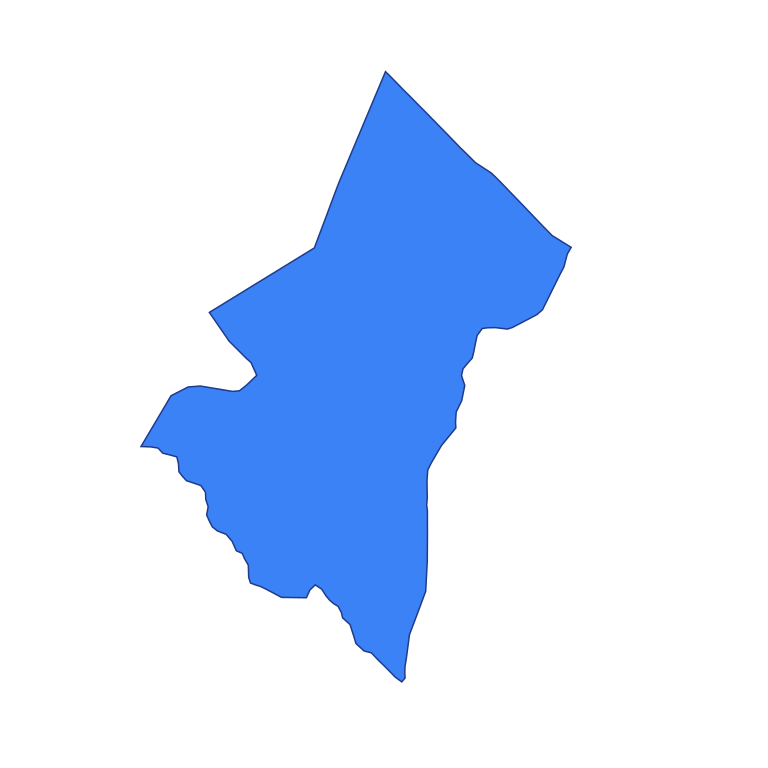 Palhano, Ceará, Brazil (Mercator projection), rotated 233°
{"feature_id": "56859067B4489324695943", "entity_name": "Palhano", "entity_type": "district", "adm_level": 2, "iso_a3": "BRA", "parent_name": "Brazil", "parent_adm1": "Ceará", "projection": "mercator", "projection_center": [-38.049, -4.715], "detail": "fine", "context": "isolated", "style": "filled", "palette": "blue", "viewbox_px": 768, "rotation_deg": 233, "n_neighbors": 0, "source": "geoboundaries", "source_scale": "gbopen_adm2", "svg_char_len": 1695}
<svg xmlns="http://www.w3.org/2000/svg" viewBox="0 0 768 768"><g transform="rotate(233 384 384)"><path d="M480.3,152.3L474.1,159.9L468.8,165.0L461.9,165.7L456.3,170.2L450.5,174.7L444.1,171.9L437.3,167.4L431.5,167.5L425.7,168.0L419.2,172.5L413.1,176.6L405.0,176.3L399.1,172.2L391.8,169.7L386.1,163.5L378.6,161.8L373.3,160.9L366.9,162.5L358.9,167.5L349.7,168.0L339.7,165.7L334.0,168.9L328.5,167.5L321.0,166.6L310.9,159.5L305.4,157.6L300.8,160.5L296.5,163.6L291.2,166.3L275.2,173.8L260.0,193.4L264.1,200.9L264.9,208.2L257.7,210.8L249.7,210.2L243.9,210.5L238.9,211.6L234.1,213.5L227.1,212.4L222.1,210.2L212.3,212.1L200.3,207.9L193.6,205.4L182.8,207.4L176.9,212.1L167.2,213.2L158.3,214.6L143.0,216.6L135.4,218.9L136.5,223.9L141.0,226.9L145.8,230.8L150.7,236.0L168.5,253.5L180.9,273.1L193.4,292.6L216.8,312.2L238.0,328.4L249.9,337.3L256.5,342.3L261.6,345.2L267.2,350.2L273.9,355.0L281.1,360.3L289.0,367.2L292.6,374.5L300.3,392.9L305.7,415.0L310.4,418.1L318.2,424.8L323.9,436.0L334.2,447.6L344.1,451.0L348.6,456.3L350.2,463.1L351.6,470.1L355.7,475.1L361.9,482.0L366.7,487.6L369.2,495.8L366.6,500.5L361.9,507.0L353.6,515.6L351.9,520.4L347.4,547.8L347.9,555.2L365.5,590.3L369.2,598.1L377.4,608.5L380.5,615.7L401.4,607.6L414.5,605.9L449.9,601.7L474.3,598.7L480.9,597.8L487.8,596.7L505.8,590.2L519.3,588.3L526.8,587.1L537.6,585.8L549.5,584.3L557.7,583.2L568.0,581.9L577.1,580.7L586.3,579.4L597.2,578.0L606.7,576.6L622.6,574.6L632.6,573.2L571.9,469.0L568.0,462.8L553.0,439.3L544.9,426.5L534.6,410.3L546.3,287.6L511.2,286.1L487.1,289.5L481.1,290.7L467.5,287.6L465.8,273.1L465.6,264.4L469.3,258.5L493.0,236.0L499.5,225.8L502.8,206.9L480.3,152.3Z" fill="#3b82f6" stroke="#1e3a8a" stroke-width="1.5"/></g></svg>